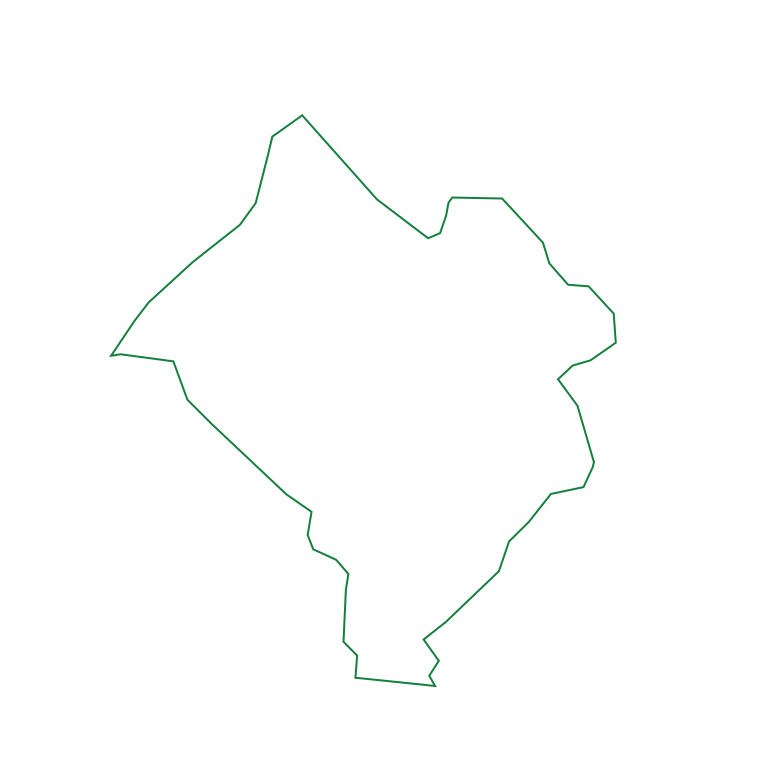 outline of Kantché, Zinder, Niger, rotated 318°
{"feature_id": "23599985B81952569357883", "entity_name": "Kantché", "entity_type": "district", "adm_level": 2, "iso_a3": "NER", "parent_name": "Niger", "parent_adm1": "Zinder", "projection": "natural_earth1", "projection_center": [8.524, 13.426], "detail": "fine", "context": "isolated", "style": "outline", "palette": "green", "viewbox_px": 768, "rotation_deg": 318, "n_neighbors": 0, "source": "geoboundaries", "source_scale": "gbopen_adm2", "svg_char_len": 826}
<svg xmlns="http://www.w3.org/2000/svg" viewBox="0 0 768 768"><g transform="rotate(318 384 384)"><path d="M166.2,583.2L219.9,642.6L222.4,631.1L239.5,626.4L242.5,600.4L270.9,602.2L344.2,600.0L371.5,584.7L399.2,583.4L434.5,577.4L463.3,594.1L483.4,585.5L487.7,582.6L513.2,529.7L516.5,496.9L536.6,496.5L553.3,504.6L583.9,508.4L601.8,485.4L601.4,448.3L587.2,433.4L587.6,404.9L596.7,385.3L595.9,325.2L559.5,291.1L553.3,292.4L542.7,300.5L526.7,309.4L514.3,305.2L502.3,242.1L503.0,129.6L469.7,125.8L466.6,125.4L451.3,136.0L409.7,163.7L383.5,169.3L323.4,165.4L263.7,165.9L241.1,170.1L200.1,180.4L203.1,182.4L208.1,185.6L242.6,226.2L227.4,264.1L229.2,298.5L237.6,400.7L244.6,430.5L226.2,445.2L220.8,459.6L230.8,482.6L230.4,501.4L218.2,511.2L181.4,548.5L182.3,567.9L166.2,583.2Z" fill="none" stroke="#15803d" stroke-width="2"/></g></svg>